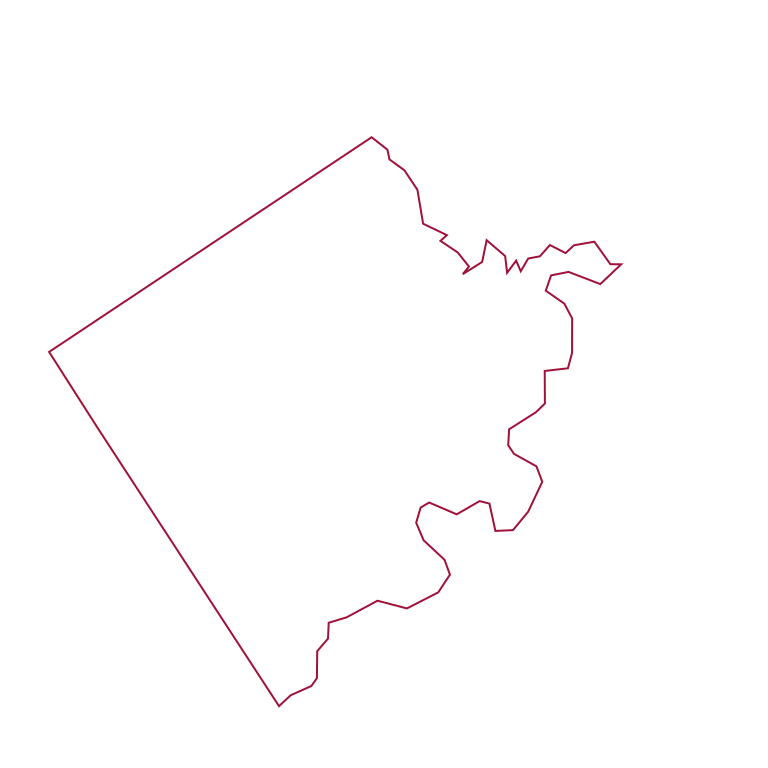 outline of Carroll, Missouri, United States of America, rotated 327°
{"feature_id": "52423323B35282580244163", "entity_name": "Carroll", "entity_type": "district", "adm_level": 2, "iso_a3": "USA", "parent_name": "United States of America", "parent_adm1": "Missouri", "projection": "mercator", "projection_center": [-93.364, 39.411], "detail": "fine", "context": "isolated", "style": "outline", "palette": "rose", "viewbox_px": 768, "rotation_deg": 327, "n_neighbors": 0, "source": "geoboundaries", "source_scale": "gbopen_adm2", "svg_char_len": 970}
<svg xmlns="http://www.w3.org/2000/svg" viewBox="0 0 768 768"><g transform="rotate(327 384 384)"><path d="M120.6,174.7L119.9,265.6L120.5,597.0L136.2,594.2L158.6,597.7L167.5,594.2L182.5,571.7L198.4,567.0L207.6,554.1L225.4,559.3L260.5,562.2L281.0,584.7L316.0,588.3L335.5,579.8L339.0,564.3L332.1,536.7L335.4,517.9L347.4,507.6L357.3,508.0L374.0,532.9L400.4,534.3L407.3,541.7L397.4,567.9L412.6,576.8L435.4,569.6L463.5,552.2L467.0,536.1L455.0,513.5L454.8,503.0L464.3,490.1L496.3,490.4L508.3,488.0L525.9,460.6L546.8,471.0L558.7,460.3L577.5,431.5L579.0,414.8L570.5,393.9L583.3,383.9L599.8,390.5L619.8,418.0L648.1,412.8L639.1,406.8L637.9,379.2L618.8,371.1L607.6,373.1L598.8,357.8L584.3,361.8L573.3,357.3L560.1,363.9L562.0,352.5L547.8,357.8L555.3,342.7L548.4,319.3L532.8,335.1L509.9,334.8L519.2,331.8L517.5,313.9L509.3,294.7L517.8,293.4L504.1,270.9L517.8,239.3L517.5,215.9L510.9,198.6L514.5,189.4L508.0,170.3L120.6,174.7Z" fill="none" stroke="#9f1239" stroke-width="2"/></g></svg>